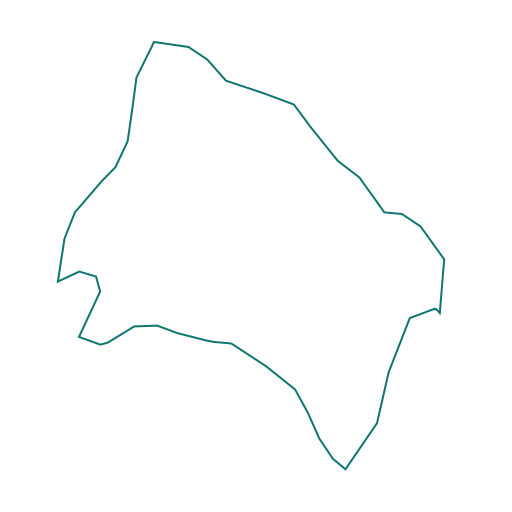 outline of Namdong-gu, Incheon, South Korea, rotated 281°
{"feature_id": "91817680B54049766777888", "entity_name": "Namdong-gu", "entity_type": "district", "adm_level": 2, "iso_a3": "KOR", "parent_name": "South Korea", "parent_adm1": "Incheon", "projection": "mercator", "projection_center": [126.725, 37.421], "detail": "fine", "context": "isolated", "style": "outline", "palette": "teal", "viewbox_px": 512, "rotation_deg": 281, "n_neighbors": 0, "source": "geoboundaries", "source_scale": "gbopen_adm2", "svg_char_len": 769}
<svg xmlns="http://www.w3.org/2000/svg" viewBox="0 0 512 512"><g transform="rotate(281 256 256)"><path d="M165.2,247.3L165.3,248.7L149.7,286.9L132.4,319.9L111.5,337.2L89.0,352.9L71.6,370.2L63.7,384.5L115.0,406.7L167.1,408.4L224.4,418.8L238.3,441.4L237.7,442.2L238.3,443.1L235.1,447.3L283.8,441.9L288.6,441.4L316.4,411.9L325.1,391.1L323.3,373.7L352.8,342.5L365.0,318.1L392.8,285.2L411.9,264.3L417.1,233.1L422.3,193.2L439.6,170.6L448.3,149.8L446.6,115.0L438.9,113.0L408.4,104.6L378.9,106.4L344.1,108.1L316.4,101.1L300.7,90.7L264.3,69.9L236.5,64.7L193.1,66.4L207.0,85.5L205.3,102.9L191.4,109.8L142.8,97.7L139.3,120.2L142.8,127.2L163.6,149.8L168.8,172.3L165.3,193.2L163.6,222.7L163.6,231.3L165.3,247.0L165.2,247.3Z" fill="none" stroke="#0f766e" stroke-width="2"/></g></svg>